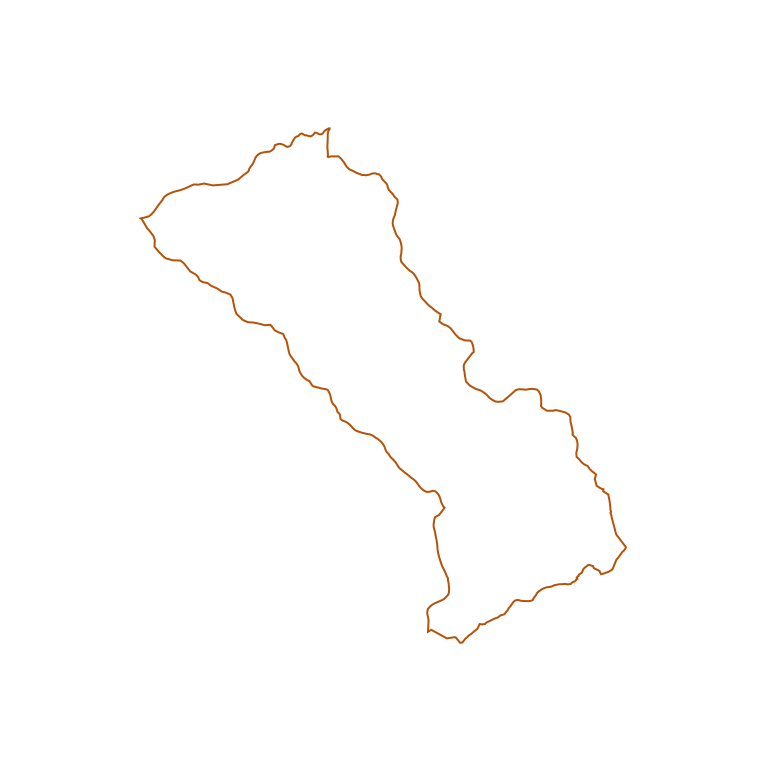 Khoma, Lhuntshi, Bhutan, rotated 127°
{"feature_id": "84629894B14168855768935", "entity_name": "Khoma", "entity_type": "district", "adm_level": 2, "iso_a3": "BTN", "parent_name": "Bhutan", "parent_adm1": "Lhuntshi", "projection": "mercator", "projection_center": [91.309, 27.836], "detail": "fine", "context": "isolated", "style": "outline", "palette": "amber", "viewbox_px": 768, "rotation_deg": 127, "n_neighbors": 0, "source": "geoboundaries", "source_scale": "gbopen_adm2", "svg_char_len": 6154}
<svg xmlns="http://www.w3.org/2000/svg" viewBox="0 0 768 768"><g transform="rotate(127 384 384)"><path d="M555.4,199.8L551.9,198.3L549.3,180.7L543.5,175.0L543.3,173.5L543.4,173.0L543.9,171.4L544.0,170.7L544.9,167.6L543.3,165.8L538.7,165.8L536.3,165.2L533.9,165.0L531.2,164.0L526.6,163.0L524.8,162.4L523.5,162.2L522.4,162.2L520.4,162.7L518.1,163.1L516.9,160.9L514.9,158.9L513.2,158.8L504.6,154.4L502.0,152.6L498.5,151.6L495.5,149.3L493.0,149.3L490.1,149.1L487.9,149.5L485.4,149.3L480.4,149.5L478.3,149.1L476.3,147.7L475.4,146.0L474.5,143.8L472.8,141.2L470.5,137.9L468.5,136.0L467.0,135.2L464.6,135.7L461.0,135.6L458.6,136.0L456.7,135.6L454.8,134.9L453.6,134.7L451.5,133.7L448.7,132.0L446.7,129.8L444.9,128.3L442.4,127.0L440.6,125.5L438.2,123.2L436.3,120.8L434.6,119.0L433.5,116.7L431.3,114.5L429.7,114.4L428.1,113.8L426.9,112.8L425.1,112.5L424.5,112.9L423.3,112.3L422.5,113.7L420.5,113.1L420.3,113.5L418.7,113.5L415.7,112.4L411.7,113.4L409.3,113.0L405.3,111.9L403.6,107.5L404.8,105.6L403.6,99.6L405.3,96.2L403.3,94.6L399.3,91.9L395.6,90.3L394.1,90.1L384.3,92.7L381.1,92.4L374.6,92.6L372.6,92.1L369.7,92.2L368.7,92.7L364.4,108.0L353.4,122.0L351.6,123.9L350.7,125.6L349.4,125.7L348.3,127.3L346.7,128.6L341.6,133.5L337.2,138.5L337.8,144.4L336.0,145.4L336.8,147.5L337.2,150.6L337.2,153.2L335.5,155.2L333.0,158.6L328.7,160.1L328.5,161.9L328.5,165.0L328.2,168.7L326.9,171.8L327.7,175.7L327.6,178.8L326.7,182.6L326.3,186.3L323.4,188.9L319.6,190.6L315.9,192.9L313.1,195.6L311.6,198.3L311.4,201.2L310.7,203.3L309.4,203.8L305.3,208.2L301.8,212.5L298.3,215.2L297.2,217.9L297.5,221.9L300.1,228.3L301.5,231.2L303.4,232.6L307.3,237.8L307.8,243.0L307.1,245.4L305.2,246.5L302.2,248.8L298.5,252.3L296.7,255.8L296.4,258.6L298.9,263.1L303.3,267.5L306.6,272.7L309.4,275.1L316.3,276.4L321.4,277.6L326.3,278.6L329.4,282.0L330.9,284.4L331.5,288.0L331.6,291.5L330.8,295.3L330.7,299.2L331.1,303.3L332.7,307.8L333.6,314.5L332.7,320.0L328.2,324.8L325.4,327.5L324.3,329.0L321.2,331.5L318.2,332.2L306.4,332.1L304.4,331.6L301.1,334.5L298.9,337.3L297.6,339.6L297.6,341.4L300.4,345.5L302.1,351.0L302.0,353.2L301.4,356.8L299.4,364.3L299.4,368.2L300.8,373.0L300.8,377.5L294.1,380.8L294.5,384.0L294.6,388.0L294.3,391.9L294.3,395.7L292.7,404.9L291.7,407.6L287.6,412.2L283.7,415.3L282.2,416.8L281.2,419.0L279.9,421.5L279.0,423.8L278.2,426.2L277.8,428.6L278.0,430.8L277.9,433.1L277.7,435.4L276.4,442.3L275.7,444.4L273.2,446.7L271.5,447.8L269.2,448.8L267.2,450.2L265.3,451.3L263.1,453.2L260.2,456.7L258.9,458.7L257.7,463.2L256.5,465.5L252.7,471.2L251.4,472.9L250.0,474.1L247.4,475.6L244.6,476.5L242.2,477.1L238.9,478.8L231.3,481.8L229.8,483.1L228.6,484.4L228.3,487.1L227.7,489.4L227.0,491.4L226.5,495.0L226.0,496.9L224.8,499.2L223.3,500.9L222.5,502.4L222.2,504.8L221.4,508.8L220.1,511.1L219.8,512.2L219.6,514.6L220.4,515.7L220.8,517.3L221.4,518.4L223.4,520.4L225.0,521.2L228.1,523.9L229.2,525.8L230.3,527.3L231.3,531.2L231.9,532.7L232.0,534.2L232.6,537.4L233.4,541.0L233.0,544.4L232.2,546.4L231.7,547.9L231.1,549.0L230.7,551.1L229.9,553.7L229.8,555.0L229.6,556.6L229.6,557.4L232.1,560.6L233.4,562.5L236.4,565.3L236.3,565.8L234.8,566.6L228.9,571.8L221.9,576.6L218.9,578.9L216.9,580.1L215.0,580.8L213.3,580.8L212.6,581.3L213.1,582.0L217.1,583.7L219.0,583.8L220.7,583.6L222.1,584.2L222.4,584.5L223.2,585.5L223.7,586.6L223.9,589.0L224.9,590.5L226.7,590.5L228.1,590.6L229.4,591.1L230.5,591.8L231.4,593.7L231.9,595.4L232.9,596.5L233.1,597.8L233.2,600.0L233.8,600.8L234.8,601.4L237.9,601.8L238.6,602.3L239.2,602.9L241.1,603.4L247.1,602.7L248.5,602.1L250.6,602.3L252.6,603.6L253.0,604.6L253.7,609.1L254.6,611.2L255.2,612.2L256.0,612.9L259.1,614.9L260.2,614.3L260.6,614.3L261.4,613.8L262.3,613.6L263.3,613.8L265.9,614.5L267.7,615.5L268.5,616.7L271.0,619.1L273.3,621.2L275.9,622.5L278.2,622.9L280.4,622.9L282.6,622.3L287.1,621.3L291.8,621.3L293.7,621.0L294.9,620.4L296.7,620.4L301.4,621.9L308.5,623.5L318.7,629.3L328.3,640.1L331.3,646.4L332.1,648.2L336.5,652.2L339.2,656.1L347.1,660.3L351.6,663.2L357.1,667.6L361.8,670.4L364.9,671.6L367.3,672.1L370.6,671.7L377.6,671.8L381.7,671.6L385.4,671.6L388.6,671.9L391.7,672.7L395.8,675.9L398.1,677.9L398.1,676.9L399.7,672.7L402.3,666.6L402.7,663.7L404.7,656.9L407.0,653.7L412.5,649.9L414.1,642.5L414.9,636.7L414.9,633.8L412.4,627.3L407.9,620.8L408.0,616.6L410.7,606.3L409.8,600.5L410.4,596.9L412.1,594.0L411.8,590.5L409.6,585.6L409.6,581.4L408.1,574.6L407.8,569.1L406.3,565.6L405.0,560.4L406.7,556.5L412.9,549.6L416.8,544.2L417.8,535.2L416.6,530.0L413.4,525.1L411.2,520.5L408.7,514.4L405.2,510.5L405.2,509.5L406.9,503.4L406.0,498.5L404.7,494.6L407.0,490.8L407.4,489.2L408.5,487.5L410.8,484.7L412.0,483.4L415.8,479.0L417.1,477.2L418.1,474.8L418.6,472.8L419.4,470.5L420.4,466.1L421.4,463.4L424.4,459.5L425.4,457.9L426.1,456.2L426.7,454.3L427.1,452.2L427.2,450.4L427.1,447.9L426.6,445.2L428.3,440.8L428.4,438.9L426.4,434.3L425.3,431.5L424.5,429.8L423.3,427.7L422.6,425.6L423.3,423.6L424.3,421.7L426.0,419.3L427.7,417.5L429.6,415.0L430.7,412.7L430.9,410.1L431.8,407.8L434.4,404.1L434.5,401.9L435.6,400.0L437.1,398.8L438.2,397.4L438.1,394.7L437.4,392.7L437.0,390.2L437.0,388.0L437.3,385.2L437.9,382.3L438.2,380.1L438.0,377.7L436.4,372.8L434.1,367.5L432.8,365.1L432.2,363.1L431.9,360.8L432.0,358.7L431.7,356.7L431.7,354.3L431.8,351.7L432.5,348.9L433.5,346.4L436.2,342.2L436.8,340.4L437.1,337.9L437.9,336.3L438.5,334.3L438.8,331.5L439.7,327.1L441.2,323.5L441.9,320.9L442.0,318.3L442.2,314.7L442.2,310.1L442.4,305.5L442.4,301.4L442.8,299.4L443.3,297.7L443.9,295.7L444.9,292.2L445.1,289.2L445.0,287.0L444.3,284.7L442.4,282.5L439.8,280.7L438.8,278.4L438.9,276.3L439.6,273.7L440.7,271.6L442.3,269.2L443.8,267.5L444.9,265.4L446.0,263.3L446.4,261.1L455.5,261.2L457.7,262.3L459.6,263.0L461.7,262.4L465.8,260.2L468.4,258.2L471.3,254.4L474.7,250.8L477.3,247.8L480.5,244.6L484.3,241.3L487.7,237.5L489.2,235.6L493.5,229.5L494.6,227.7L496.5,223.7L499.5,218.4L500.5,216.3L502.4,214.6L504.2,212.5L508.9,208.3L511.0,207.0L513.0,206.0L514.7,206.0L519.7,206.7L521.7,207.6L523.7,208.7L527.8,211.1L529.3,211.9L531.1,212.6L533.1,213.1L534.9,213.4L537.2,213.5L539.1,212.8L541.0,211.6L542.5,210.1L544.4,207.7L546.0,206.1L555.4,199.8Z" fill="none" stroke="#b45309" stroke-width="2"/></g></svg>